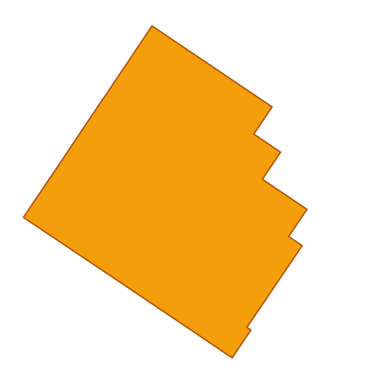 the district of Sheridan, Montana, United States of America, rotated 214°
{"feature_id": "52423323B77016721752679", "entity_name": "Sheridan", "entity_type": "district", "adm_level": 2, "iso_a3": "USA", "parent_name": "United States of America", "parent_adm1": "Montana", "projection": "mercator", "projection_center": [-104.195, 48.694], "detail": "fine", "context": "isolated", "style": "filled", "palette": "amber", "viewbox_px": 384, "rotation_deg": 214, "n_neighbors": 0, "source": "geoboundaries", "source_scale": "gbopen_adm2", "svg_char_len": 979}
<svg xmlns="http://www.w3.org/2000/svg" viewBox="0 0 384 384"><g transform="rotate(214 192 192)"><path d="M318.0,307.3L318.0,307.2L318.0,306.8L318.0,299.1L318.0,295.4L318.0,286.0L318.0,285.5L317.9,283.5L318.0,283.4L317.9,278.1L317.9,267.9L317.8,265.7L317.8,259.0L317.9,255.9L317.8,254.1L317.9,253.8L317.8,250.7L317.8,242.0L317.8,231.2L317.7,228.4L317.8,220.4L317.9,218.3L317.9,217.8L317.9,215.2L317.8,209.7L317.8,209.2L317.8,206.3L317.8,205.8L317.8,204.2L317.8,203.8L317.7,172.4L317.6,170.8L317.7,165.4L317.6,156.8L317.6,153.5L317.5,134.5L317.6,127.5L317.6,126.8L317.5,124.4L317.5,123.7L317.6,122.1L317.6,113.5L317.6,111.9L317.6,109.9L317.6,101.8L317.6,99.2L317.6,98.1L317.6,95.7L317.6,94.9L317.6,92.8L317.6,92.1L317.6,90.3L317.6,89.2L317.6,81.5L317.6,76.7L238.5,76.9L178.2,77.0L109.8,77.0L66.0,76.9L66.0,110.5L70.8,110.5L70.7,209.1L87.0,209.1L87.0,241.9L140.8,241.9L140.8,274.5L173.2,274.6L173.2,307.3L318.0,307.3Z" fill="#f59e0b" stroke="#b45309" stroke-width="1.5"/></g></svg>